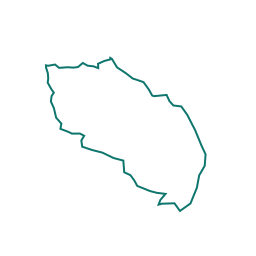 Lasa, Paphos, Cyprus (Natural Earth projection), rotated 326°
{"feature_id": "46923920B95604780188390", "entity_name": "Lasa", "entity_type": "district", "adm_level": 2, "iso_a3": "CYP", "parent_name": "Cyprus", "parent_adm1": "Paphos", "projection": "natural_earth1", "projection_center": [32.523, 34.936], "detail": "fine", "context": "isolated", "style": "outline", "palette": "teal", "viewbox_px": 256, "rotation_deg": 326, "n_neighbors": 0, "source": "geoboundaries", "source_scale": "gbopen_adm2", "svg_char_len": 996}
<svg xmlns="http://www.w3.org/2000/svg" viewBox="0 0 256 256"><g transform="rotate(326 128 128)"><path d="M95.0,30.2L93.9,32.0L92.2,37.7L89.6,42.3L86.8,45.5L86.2,52.3L86.2,57.3L82.5,58.8L78.9,62.9L77.7,70.0L74.2,79.3L75.2,87.1L71.5,90.9L76.3,97.7L78.4,101.3L85.0,105.7L87.3,109.9L82.3,112.3L79.6,117.9L85.8,126.0L93.0,134.1L99.3,144.9L105.9,152.4L100.1,162.6L103.6,168.4L103.9,174.6L103.3,181.2L107.3,187.1L111.0,192.6L115.6,197.8L122.2,203.6L114.7,205.7L110.5,208.6L113.9,209.8L124.4,216.4L124.7,225.8L137.6,225.5L151.9,215.9L153.2,214.5L160.5,207.1L170.5,202.2L171.6,200.8L177.6,193.2L179.1,183.6L182.5,167.0L183.6,157.4L184.5,150.4L184.2,139.9L178.2,134.7L177.4,128.9L178.5,122.2L167.3,116.1L166.2,114.6L166.8,107.6L166.5,98.6L159.6,89.6L156.8,81.2L152.8,71.6L153.3,61.7L152.5,60.0L151.6,61.2L146.0,59.2L139.1,58.0L136.8,61.7L134.0,57.7L129.4,53.8L126.9,48.8L120.7,49.5L116.8,47.6L111.8,43.8L104.5,39.6L103.0,34.6L96.7,31.8L95.0,30.2Z" fill="none" stroke="#0f766e" stroke-width="2"/></g></svg>